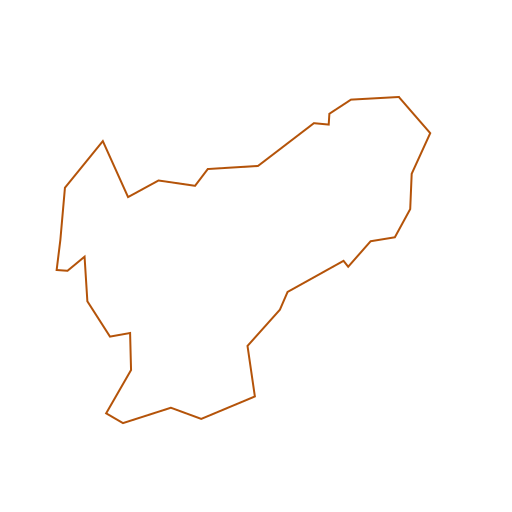 the district of Mundri West, Western Equatoria, South Sudan, rotated 257°
{"feature_id": "79223893B75409904988016", "entity_name": "Mundri West", "entity_type": "district", "adm_level": 2, "iso_a3": "SSD", "parent_name": "South Sudan", "parent_adm1": "Western Equatoria", "projection": "albers", "projection_center": [30.244, 5.152], "detail": "fine", "context": "isolated", "style": "outline", "palette": "amber", "viewbox_px": 512, "rotation_deg": 257, "n_neighbors": 0, "source": "geoboundaries", "source_scale": "gbopen_adm2", "svg_char_len": 613}
<svg xmlns="http://www.w3.org/2000/svg" viewBox="0 0 512 512"><g transform="rotate(257 256 256)"><path d="M378.7,431.0L378.8,431.0L387.0,383.7L378.1,359.5L367.7,356.4L372.4,342.3L343.3,278.2L351.6,228.6L338.1,212.4L351.5,178.0L342.2,144.6L402.4,132.6L365.5,85.2L315.7,69.0L287.2,58.6L284.0,69.0L293.9,88.8L249.8,81.5L210.3,95.6L209.3,116.0L173.0,108.6L136.4,74.6L123.1,88.8L127.3,138.9L109.6,166.0L119.4,223.3L170.3,227.5L198.3,267.2L213.9,278.7L231.6,340.2L224.8,343.4L244.6,371.0L243.0,395.5L267.0,416.8L301.1,426.2L336.5,453.4L363.2,439.2L378.7,431.0Z" fill="none" stroke="#b45309" stroke-width="2"/></g></svg>